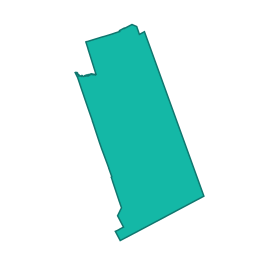 the district of 9 de Julio, Santa Fe, Argentina, rotated 152°
{"feature_id": "61730980B95993881972660", "entity_name": "9 de Julio", "entity_type": "district", "adm_level": 2, "iso_a3": "ARG", "parent_name": "Argentina", "parent_adm1": "Santa Fe", "projection": "robinson", "projection_center": [-61.267, -28.92], "detail": "fine", "context": "isolated", "style": "filled", "palette": "teal", "viewbox_px": 256, "rotation_deg": 152, "n_neighbors": 0, "source": "geoboundaries", "source_scale": "gbopen_adm2", "svg_char_len": 3095}
<svg xmlns="http://www.w3.org/2000/svg" viewBox="0 0 256 256"><g transform="rotate(152 128 128)"><path d="M93.0,32.2L68.3,205.3L68.8,205.3L70.7,205.3L74.0,205.3L72.7,213.5L75.9,217.5L84.5,217.6L84.5,218.0L85.1,218.0L89.8,218.0L90.0,217.1L90.5,217.2L91.1,217.3L93.4,217.7L94.5,217.9L97.0,218.3L98.2,218.5L100.4,218.9L105.5,219.9L108.9,220.7L112.2,221.3L116.8,222.2L121.5,223.1L122.7,223.3L123.0,223.4L123.4,223.5L123.9,223.7L124.1,223.7L124.3,223.8L124.6,223.7L124.7,223.8L124.8,223.8L125.9,217.7L126.3,215.9L131.1,190.2L131.4,190.2L131.5,190.3L131.8,190.2L131.8,190.5L132.0,190.7L132.1,190.8L132.2,190.7L132.3,190.6L132.5,190.7L132.5,190.8L132.6,191.0L132.7,191.3L132.8,191.3L132.9,191.2L133.0,191.1L133.3,191.1L133.4,191.3L133.4,191.6L133.5,191.8L133.8,192.0L133.7,192.2L133.8,192.3L134.0,192.2L134.3,192.0L134.4,192.3L134.5,192.4L134.8,192.4L135.0,192.4L135.1,192.6L135.0,193.1L135.3,193.2L135.6,193.2L135.8,193.0L135.9,192.9L136.0,192.7L136.3,192.7L136.4,192.8L136.5,192.9L136.5,193.0L136.6,193.3L136.8,193.4L137.0,193.2L137.1,192.9L137.3,192.8L137.5,192.8L137.6,192.7L137.8,192.7L138.0,192.6L138.4,192.7L138.5,192.7L138.5,192.8L138.6,193.1L138.8,193.0L139.0,193.1L138.9,193.2L138.8,193.3L138.7,193.3L138.4,193.3L138.2,193.3L137.9,193.3L138.0,193.5L138.1,193.8L138.3,193.7L138.5,193.5L138.7,193.8L138.8,193.8L139.0,193.9L139.1,193.7L139.3,193.5L139.5,193.5L139.6,193.8L139.7,194.0L139.8,193.9L139.9,193.7L140.0,193.5L140.2,193.8L140.3,194.0L140.5,194.1L140.8,193.9L141.0,193.8L141.1,194.1L141.0,194.3L141.0,194.5L141.3,194.5L141.3,194.4L141.6,194.3L141.8,194.3L141.9,194.5L142.0,194.5L142.1,194.2L142.3,194.2L142.4,194.3L142.5,194.3L142.8,194.2L143.0,194.3L143.2,194.5L143.4,194.6L143.5,194.6L143.6,194.8L143.7,195.0L143.8,195.3L143.8,195.7L143.9,195.8L144.0,196.0L144.3,195.9L144.3,195.7L144.5,195.5L144.8,195.6L145.0,195.5L145.2,195.9L145.3,196.0L145.5,196.0L145.6,196.3L145.7,196.5L145.8,196.6L146.0,196.6L146.3,196.8L146.5,196.7L146.8,196.8L146.8,197.0L146.7,197.1L146.6,197.3L146.7,197.5L146.8,197.5L146.7,197.6L146.7,197.8L146.4,198.0L146.5,198.2L146.8,198.3L146.9,198.5L146.9,198.8L147.0,198.9L147.2,199.0L147.4,199.3L147.5,199.3L147.5,199.5L147.3,199.6L147.1,199.5L146.9,199.5L146.8,199.8L147.3,200.0L147.5,200.1L147.6,200.3L147.8,200.4L147.8,200.5L147.6,200.6L147.4,200.7L147.1,200.6L146.9,200.7L146.9,200.8L147.0,201.0L147.3,201.2L147.5,201.1L147.8,201.0L148.0,201.3L148.2,201.5L148.3,201.8L148.5,202.0L148.6,202.3L148.6,202.5L148.8,196.2L149.5,191.8L150.6,185.4L151.7,178.5L152.1,176.1L154.1,163.6L155.9,151.9L156.2,150.7L156.3,150.5L156.3,150.1L156.8,147.0L158.5,137.3L160.1,128.0L160.7,124.0L160.9,122.9L163.2,105.5L163.6,102.9L163.6,102.4L163.9,101.5L163.9,101.3L164.3,98.5L164.7,95.9L164.8,95.1L165.1,92.9L165.1,92.7L165.3,92.5L165.4,92.4L165.5,92.4L165.9,92.4L165.9,92.1L166.3,89.7L166.7,87.8L168.2,78.8L168.6,76.5L170.1,67.6L170.5,64.8L170.6,64.5L171.0,61.8L171.2,60.7L171.3,60.6L171.4,60.4L173.3,59.1L174.5,58.2L178.4,55.4L178.5,42.6L183.0,42.6L183.8,42.5L186.5,42.6L187.7,42.7L187.7,32.3L164.1,32.2L93.0,32.2Z" fill="#14b8a6" stroke="#0f766e" stroke-width="1.5"/></g></svg>